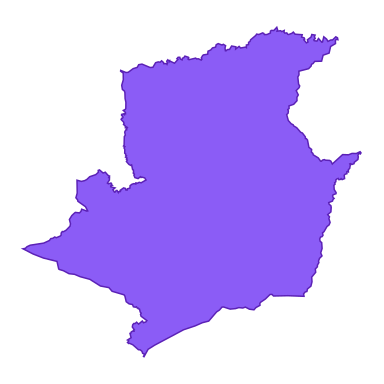 outline of Majune, Niassa, Mozambique
{"feature_id": "85939544B16952446601864", "entity_name": "Majune", "entity_type": "district", "adm_level": 2, "iso_a3": "MOZ", "parent_name": "Mozambique", "parent_adm1": "Niassa", "projection": "orthographic", "projection_center": [36.348, -13.329], "detail": "fine", "context": "isolated", "style": "filled", "palette": "violet", "viewbox_px": 384, "rotation_deg": 0, "n_neighbors": 0, "source": "geoboundaries", "source_scale": "gbopen_adm2", "svg_char_len": 5926}
<svg xmlns="http://www.w3.org/2000/svg" viewBox="0 0 384 384"><path d="M23.0,248.8L33.1,254.0L43.6,258.1L57.0,261.4L58.7,269.0L59.4,269.5L63.4,270.7L69.0,273.7L74.5,274.3L80.2,276.7L89.8,279.3L100.4,286.0L108.9,287.6L112.1,291.3L124.0,294.8L124.9,296.1L126.2,301.7L129.1,303.9L132.5,304.5L133.4,306.8L135.5,307.2L136.5,306.8L137.3,308.1L138.0,308.0L138.3,308.8L139.5,309.1L140.2,312.0L141.2,313.2L140.5,314.3L141.1,316.3L146.9,320.6L145.8,322.0L143.5,322.7L142.3,321.0L138.6,324.1L136.6,322.2L135.2,323.5L133.8,323.5L132.7,324.8L132.3,327.0L134.3,329.8L133.6,330.2L133.9,331.2L132.6,331.1L131.2,332.0L130.6,333.5L130.0,333.5L131.1,337.7L127.5,340.0L128.6,340.5L128.5,341.5L127.5,342.4L128.6,343.5L129.5,343.3L132.7,344.7L138.4,349.7L140.3,349.9L142.0,351.4L142.6,353.3L144.1,353.9L144.2,355.2L143.5,356.4L144.0,356.7L148.1,349.3L154.6,345.2L183.7,329.7L195.1,325.9L202.4,322.7L208.7,321.1L216.6,311.9L219.4,310.1L222.0,307.1L223.6,307.0L230.1,309.1L235.5,308.6L238.8,307.6L242.8,308.0L245.4,307.1L249.4,309.2L254.0,309.8L255.9,307.6L260.0,305.3L259.8,303.4L260.7,302.2L265.4,299.0L270.0,294.5L272.0,294.4L273.5,296.0L287.9,295.7L304.0,296.3L303.6,293.8L305.3,291.9L306.9,291.5L307.5,288.9L310.9,286.2L312.0,281.8L311.7,277.1L315.7,272.3L315.3,269.0L317.4,266.8L317.4,265.2L318.9,262.6L318.5,261.1L319.5,258.4L322.0,255.9L320.7,252.9L322.1,248.5L321.7,242.6L320.1,241.2L319.7,239.0L320.5,237.1L322.1,236.6L323.0,235.3L322.5,232.9L324.0,231.7L327.0,226.5L329.1,224.9L330.1,222.4L328.9,218.6L329.5,216.8L327.7,214.6L330.9,211.9L331.2,207.4L330.9,205.7L329.1,204.2L328.7,202.6L332.5,201.1L333.0,199.5L334.1,198.4L333.1,197.6L332.6,195.9L333.1,194.8L336.0,193.7L336.1,192.6L334.2,189.5L333.9,185.3L335.1,184.1L334.7,182.7L335.8,181.8L335.9,179.8L337.0,178.9L338.2,178.4L338.9,179.7L340.5,179.4L341.1,178.6L342.1,179.6L344.6,178.6L344.2,175.2L345.2,174.2L346.9,173.7L346.8,171.8L347.3,171.4L348.4,171.9L348.4,169.7L349.7,168.4L350.3,164.9L349.8,163.9L350.7,163.6L351.8,164.5L354.0,163.7L354.3,162.3L357.9,159.5L358.3,156.8L357.9,155.4L358.5,153.9L359.3,153.5L360.3,154.0L361.0,152.9L360.1,151.7L356.3,153.5L352.0,153.4L348.5,154.8L342.6,154.6L332.3,164.0L330.8,161.1L329.5,160.4L325.5,160.2L324.4,159.6L322.7,160.0L321.4,161.2L320.5,161.1L318.3,157.9L313.2,154.8L312.9,153.4L311.4,152.1L311.6,149.4L308.9,147.3L307.5,140.0L306.4,138.7L305.4,138.5L305.3,136.8L302.4,133.0L300.7,132.3L296.7,127.7L293.7,125.9L293.1,124.7L291.2,123.8L288.3,120.5L286.7,114.6L288.1,113.2L288.4,111.0L287.8,109.5L289.1,108.6L289.0,105.9L293.7,104.3L297.0,100.7L296.9,97.4L298.3,94.9L296.2,90.6L299.1,87.7L299.7,85.9L298.6,84.2L297.8,77.0L299.0,74.9L298.9,71.2L308.6,68.7L311.1,66.1L311.5,64.3L313.1,63.5L314.7,61.4L321.6,61.2L323.1,55.2L329.1,53.1L330.6,46.5L335.5,43.6L335.4,40.4L336.3,39.4L337.9,39.7L337.5,37.8L335.8,36.8L332.6,39.9L330.7,40.0L328.0,41.4L326.6,39.1L323.8,36.8L322.5,42.0L321.8,42.2L318.5,38.5L316.9,41.1L314.2,40.7L313.8,39.8L315.2,38.5L314.4,36.7L315.1,35.1L311.8,34.5L311.0,37.1L307.4,39.8L308.0,42.0L306.4,42.9L303.8,39.8L304.7,39.1L304.1,37.8L301.6,37.1L302.2,34.7L295.1,34.2L293.3,32.1L291.9,33.3L288.7,34.5L287.7,34.3L286.8,32.9L284.8,33.1L284.0,32.2L284.2,30.5L281.8,31.6L280.6,30.7L277.1,31.2L277.6,29.9L276.8,27.3L273.8,30.5L271.3,30.4L270.4,31.2L270.4,33.0L267.0,34.5L264.4,34.6L263.8,33.4L262.6,32.9L258.9,34.5L256.6,34.1L255.8,35.4L250.6,39.8L250.0,41.5L248.6,42.3L248.5,44.6L246.4,45.0L246.4,47.6L245.5,47.1L240.6,48.0L239.1,46.4L235.7,49.0L235.9,46.8L231.6,46.0L229.6,49.4L227.3,49.6L226.1,50.8L225.4,50.8L225.0,48.0L225.6,45.7L223.3,44.3L222.0,45.0L218.2,43.6L216.2,44.7L215.6,47.1L212.5,47.9L210.7,50.0L208.0,51.2L207.7,54.2L203.4,54.9L202.6,55.6L201.3,57.9L201.9,59.2L201.2,60.1L198.5,58.8L196.5,58.9L195.7,58.1L189.0,59.7L188.0,59.0L188.8,57.9L188.5,57.3L184.9,56.1L183.8,57.7L182.5,58.2L182.1,59.9L180.3,59.0L179.8,57.3L178.1,57.3L176.9,58.7L177.9,59.5L174.5,63.2L170.4,61.3L169.4,61.8L169.6,60.5L168.6,60.7L167.8,59.8L166.7,61.2L167.5,63.2L167.0,64.4L166.4,63.6L163.8,63.7L163.6,62.6L161.6,60.8L160.1,62.2L158.2,61.9L155.6,62.7L152.9,67.3L150.1,67.5L142.0,64.1L138.7,64.7L137.2,67.4L133.2,68.6L128.2,72.3L126.0,72.5L120.7,70.4L120.6,71.2L123.2,73.1L123.3,79.8L121.7,85.3L122.4,89.5L124.3,90.9L124.9,92.5L125.1,98.6L125.9,102.4L125.8,108.4L125.2,109.5L123.3,110.4L125.4,112.4L125.5,113.8L124.4,113.7L124.4,114.6L123.4,113.9L121.6,114.4L121.6,115.6L122.5,115.9L123.0,117.3L122.5,118.2L121.6,118.3L121.1,119.5L123.6,122.1L124.0,123.4L123.5,124.5L125.1,125.7L125.4,127.7L126.6,126.9L127.4,127.6L126.6,128.5L126.7,129.8L125.8,129.9L124.7,132.1L125.3,135.1L124.3,136.6L124.1,145.2L123.5,146.0L124.9,146.7L124.0,147.9L124.8,149.4L124.7,153.2L125.7,154.0L125.6,155.1L126.5,155.8L125.5,157.1L127.0,158.1L126.4,159.2L127.3,160.0L126.4,161.5L128.9,164.4L130.7,165.4L131.6,164.9L132.6,169.6L133.4,170.0L133.6,172.5L133.2,173.0L134.4,174.2L133.9,175.2L134.9,177.6L138.1,178.6L140.5,176.7L141.1,177.5L141.8,177.1L144.7,177.9L146.0,180.0L141.1,182.8L139.2,182.3L137.5,183.2L135.9,182.9L135.8,184.0L134.0,183.6L132.0,184.2L130.1,185.6L129.9,188.1L127.4,188.8L127.1,190.1L125.9,190.0L125.4,188.4L123.6,187.9L120.2,190.3L120.7,190.8L120.0,191.7L118.4,191.7L118.2,192.4L117.1,190.5L116.2,190.5L115.3,191.9L114.4,192.1L112.9,189.7L115.0,187.9L110.7,186.8L110.9,185.7L112.2,185.3L111.4,184.7L111.7,184.0L111.0,183.0L108.4,183.8L107.4,183.1L109.4,180.1L109.5,177.6L108.8,177.5L109.6,176.1L108.0,175.3L105.3,172.2L103.1,173.0L99.5,169.9L98.2,170.4L98.3,172.3L95.8,174.6L89.7,176.7L86.9,179.4L84.7,180.6L81.4,181.4L77.0,180.2L77.2,193.1L75.9,197.8L77.6,199.9L77.9,201.3L85.5,206.7L87.7,210.9L86.8,211.1L81.7,209.2L81.0,211.3L79.5,212.9L75.3,212.4L74.0,213.5L71.8,215.6L69.4,219.5L70.5,223.8L70.0,226.2L66.1,230.2L63.5,231.7L62.3,231.5L61.2,233.0L61.1,235.1L60.5,235.9L56.4,237.7L54.7,237.0L52.8,238.3L50.8,238.6L49.4,240.5L43.7,243.1L30.2,245.2L27.0,246.7L25.4,248.3L23.0,248.8Z" fill="#8b5cf6" stroke="#5b21b6" stroke-width="1.5"/></svg>